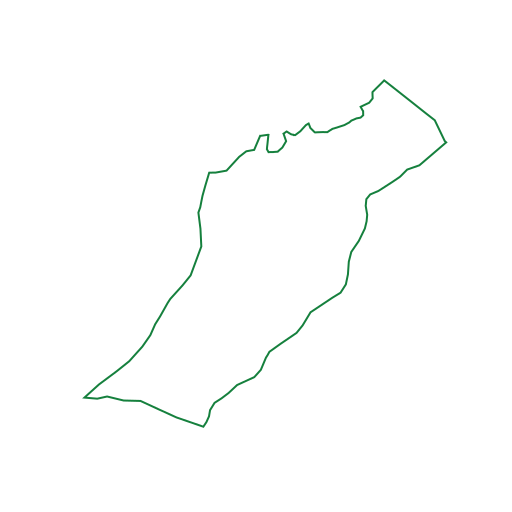 outline of Kogi, Kogi, Nigeria, rotated 39°
{"feature_id": "59680162B62255786160615", "entity_name": "Kogi", "entity_type": "district", "adm_level": 2, "iso_a3": "NGA", "parent_name": "Nigeria", "parent_adm1": "Kogi", "projection": "natural_earth1", "projection_center": [6.814, 8.13], "detail": "fine", "context": "isolated", "style": "outline", "palette": "green", "viewbox_px": 512, "rotation_deg": 39, "n_neighbors": 0, "source": "geoboundaries", "source_scale": "gbopen_adm2", "svg_char_len": 2960}
<svg xmlns="http://www.w3.org/2000/svg" viewBox="0 0 512 512"><g transform="rotate(39 256 256)"><path d="M322.5,421.8L322.0,416.3L320.4,410.2L317.3,404.7L316.2,396.2L318.8,388.3L320.9,379.8L322.5,368.2L325.3,362.5L330.9,351.2L331.4,341.4L327.7,328.7L327.4,325.9L326.7,322.0L330.4,308.6L335.9,290.3L335.9,280.6L333.8,265.4L341.6,240.4L344.8,231.3L343.7,221.5L339.0,212.4L331.7,202.0L327.5,192.9L326.4,179.5L323.3,166.1L320.1,159.4L316.5,154.0L309.6,147.9L309.2,147.2L306.0,142.4L306.0,136.3L310.2,128.4L315.4,112.6L318.0,104.0L318.2,102.6L319.1,93.7L325.9,82.7L332.3,48.0L330.4,47.9L313.3,39.8L309.5,38.0L298.3,38.2L279.0,38.4L248.8,38.8L248.3,38.8L245.1,38.9L245.1,39.1L244.8,42.2L244.0,49.3L243.4,55.1L243.4,55.3L243.5,55.5L245.2,57.5L247.4,60.0L247.5,60.2L247.5,60.5L247.5,65.4L247.5,65.7L247.4,65.9L246.0,68.8L243.5,74.0L243.4,74.2L243.6,74.3L246.1,75.3L246.8,75.6L247.7,75.9L247.8,75.9L247.9,76.0L248.1,76.0L250.5,78.9L250.7,79.1L250.7,79.3L250.2,82.5L250.0,82.9L248.7,84.4L247.7,85.6L247.5,85.8L247.4,86.0L246.5,87.8L245.1,90.4L244.9,90.7L244.9,90.9L244.9,91.0L244.7,91.8L244.7,92.2L244.4,93.4L244.4,93.7L244.3,93.9L244.2,94.1L243.9,94.8L243.6,95.5L242.9,97.2L242.5,98.2L242.4,98.3L242.3,98.6L242.2,98.8L239.4,103.1L237.8,105.6L237.6,105.9L237.4,106.1L236.9,106.9L236.3,107.8L235.7,108.6L235.5,108.9L235.4,109.2L235.3,109.3L235.0,110.4L234.6,111.4L233.9,113.5L233.8,114.0L233.6,114.5L233.5,114.8L233.4,115.0L233.2,115.1L231.5,116.5L230.6,117.1L230.3,117.4L230.0,117.6L226.2,120.9L224.1,122.8L223.7,122.9L217.9,122.3L217.7,122.3L217.5,122.2L216.0,121.3L213.7,120.0L213.5,119.9L213.4,120.1L212.5,122.7L212.4,122.9L212.4,123.2L212.1,127.9L212.0,130.4L211.9,131.2L211.9,131.4L211.8,131.7L210.4,137.3L210.3,137.5L210.1,137.6L209.3,138.1L208.9,138.2L208.9,138.3L208.7,138.3L208.0,138.7L207.6,138.9L207.1,139.1L206.9,139.2L206.7,139.3L204.6,139.6L202.8,139.8L202.4,139.8L201.9,139.9L201.7,139.9L201.4,140.0L200.5,143.4L200.4,143.6L200.6,143.7L204.4,146.1L207.0,147.7L207.2,147.9L207.2,148.1L208.2,154.9L208.2,155.2L208.2,155.4L207.6,158.7L207.4,160.0L207.3,160.7L207.3,160.9L207.2,161.0L207.2,161.3L204.2,164.1L204.1,164.3L203.8,164.5L203.7,164.6L201.5,166.4L201.2,166.7L200.8,167.0L200.7,167.1L200.4,167.4L200.2,167.3L197.4,166.2L197.2,166.1L197.1,165.9L196.6,165.1L196.2,164.6L194.7,162.2L189.5,154.2L189.4,154.0L189.2,154.1L183.8,159.9L183.6,160.0L187.8,174.7L186.2,176.5L182.6,180.7L182.5,181.0L180.5,189.6L180.5,189.9L180.5,190.1L180.2,194.8L179.4,207.9L179.4,208.1L179.3,208.3L172.2,216.5L171.9,216.8L167.4,220.5L167.2,220.7L172.3,233.1L176.5,242.8L179.0,247.6L182.0,253.2L183.9,258.5L195.7,269.8L207.5,283.0L211.3,294.2L217.4,312.2L217.4,315.9L217.4,325.0L216.4,343.3L216.9,348.1L219.5,363.4L220.6,372.5L223.7,384.0L224.7,398.0L223.7,417.5L220.3,433.1L214.8,454.7L212.6,468.7L211.8,474.0L222.4,466.8L222.5,466.7L228.7,458.9L244.1,451.6L254.5,443.6L257.5,441.3L276.9,436.4L295.8,431.5L322.5,421.8Z" fill="none" stroke="#15803d" stroke-width="2"/></g></svg>